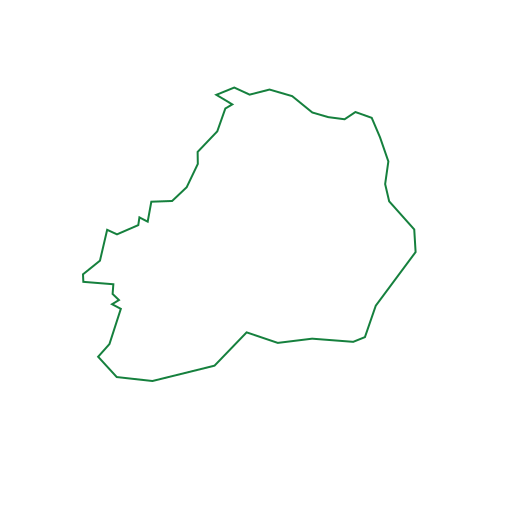 Oslomej, Oslomej, North Macedonia (Robinson projection), rotated 36°
{"feature_id": "65306769B21440943325425", "entity_name": "Oslomej", "entity_type": "district", "adm_level": 2, "iso_a3": "MKD", "parent_name": "North Macedonia", "parent_adm1": "Oslomej", "projection": "robinson", "projection_center": [21.017, 41.59], "detail": "fine", "context": "isolated", "style": "outline", "palette": "green", "viewbox_px": 512, "rotation_deg": 36, "n_neighbors": 0, "source": "geoboundaries", "source_scale": "gbopen_adm2", "svg_char_len": 749}
<svg xmlns="http://www.w3.org/2000/svg" viewBox="0 0 512 512"><g transform="rotate(36 256 256)"><path d="M385.1,268.3L391.8,257.6L382.1,225.8L382.8,159.0L368.4,141.5L331.6,133.5L318.2,121.9L307.5,101.7L286.6,87.1L268.4,76.2L251.8,81.1L247.3,93.3L232.8,101.2L217.2,106.8L191.3,105.4L169.1,113.4L156.0,129.2L139.4,132.5L129.2,148.9L147.7,147.3L144.5,154.7L151.4,177.9L147.6,206.1L154.8,215.7L159.5,241.1L155.8,260.8L139.4,273.6L148.2,291.9L139.0,293.3L142.6,300.2L130.8,320.2L120.2,322.3L132.5,351.5L126.8,372.5L131.5,378.4L157.2,362.7L162.3,371.0L171.0,372.2L167.9,379.6L177.7,378.2L189.2,413.4L187.5,430.3L214.5,435.8L245.7,418.0L286.9,369.1L293.3,323.3L324.7,313.5L350.0,289.9L385.1,268.3Z" fill="none" stroke="#15803d" stroke-width="2"/></g></svg>